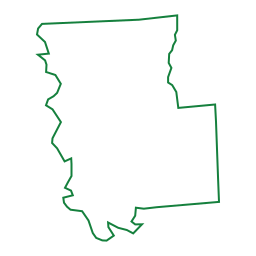 the district of União da Serra, Rio Grande do Sul, Brazil
{"feature_id": "56859067B42000345551352", "entity_name": "União da Serra", "entity_type": "district", "adm_level": 2, "iso_a3": "BRA", "parent_name": "Brazil", "parent_adm1": "Rio Grande do Sul", "projection": "orthographic", "projection_center": [-52.035, -28.776], "detail": "fine", "context": "isolated", "style": "outline", "palette": "green", "viewbox_px": 256, "rotation_deg": 0, "n_neighbors": 0, "source": "geoboundaries", "source_scale": "gbopen_adm2", "svg_char_len": 915}
<svg xmlns="http://www.w3.org/2000/svg" viewBox="0 0 256 256"><path d="M133.2,233.4L142.0,224.3L135.2,224.4L131.5,221.5L135.2,215.7L135.9,207.7L143.8,208.7L156.8,207.2L219.0,201.9L218.1,179.3L216.0,121.6L215.1,104.5L178.3,107.9L176.3,92.0L172.2,85.1L168.1,82.5L168.1,77.1L171.4,67.9L168.7,62.9L169.2,53.9L172.1,50.2L173.2,45.3L175.8,40.6L174.9,34.8L177.2,30.3L177.2,15.4L139.0,19.7L42.0,23.9L38.1,28.5L37.0,34.5L45.0,42.0L48.8,53.6L37.9,54.7L45.1,60.4L46.5,64.7L46.1,72.0L55.4,75.0L60.8,83.8L57.1,92.9L53.6,96.2L48.1,99.4L46.0,105.3L52.5,109.3L60.9,122.1L52.5,138.3L52.1,143.0L57.1,148.3L64.6,161.4L71.2,158.4L71.5,163.9L71.5,176.0L68.1,182.0L65.0,187.8L71.0,190.6L72.8,195.3L63.3,197.7L64.0,202.7L67.0,206.7L70.5,209.7L82.1,211.2L88.5,220.5L92.8,233.1L96.2,237.9L102.3,240.4L106.6,240.6L113.8,235.6L108.4,227.1L108.1,222.5L118.2,227.8L126.8,230.0L133.2,233.4Z" fill="none" stroke="#15803d" stroke-width="2"/></svg>